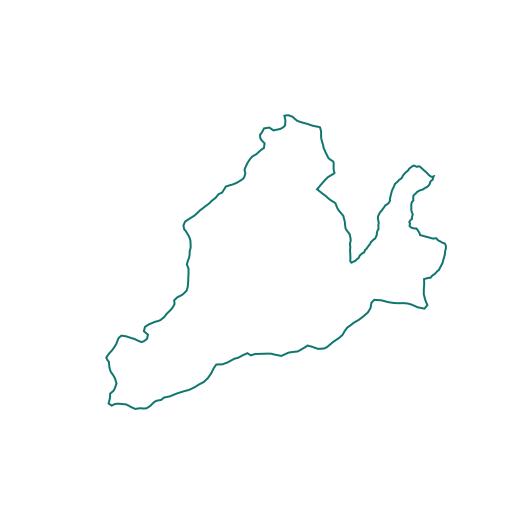 outline of Ugunja, Nyanza, Kenya, rotated 336°
{"feature_id": "3690345B50219798141587", "entity_name": "Ugunja", "entity_type": "district", "adm_level": 2, "iso_a3": "KEN", "parent_name": "Kenya", "parent_adm1": "Nyanza", "projection": "mercator", "projection_center": [34.363, 0.207], "detail": "fine", "context": "isolated", "style": "outline", "palette": "teal", "viewbox_px": 512, "rotation_deg": 336, "n_neighbors": 0, "source": "geoboundaries", "source_scale": "gbopen_adm2", "svg_char_len": 5864}
<svg xmlns="http://www.w3.org/2000/svg" viewBox="0 0 512 512"><g transform="rotate(336 256 256)"><path d="M280.6,368.2L283.6,368.1L287.1,367.2L291.0,366.0L294.8,365.3L298.8,364.6L302.9,363.3L306.7,360.5L310.3,358.5L314.0,357.8L318.3,356.7L323.7,356.2L329.2,354.9L335.2,353.1L339.5,350.1L342.3,345.8L346.1,344.1L352.7,347.6L357.7,351.7L362.0,354.5L366.1,356.7L371.9,359.2L375.4,361.2L378.5,363.8L382.8,368.6L388.4,372.6L392.6,370.6L392.7,365.3L393.7,359.2L396.1,354.0L398.0,350.6L400.2,345.4L405.0,346.2L406.5,346.9L408.0,346.1L409.9,345.4L411.7,345.2L413.9,344.4L415.5,343.5L417.1,343.3L418.3,342.4L419.7,341.3L421.1,340.2L422.1,339.4L423.3,338.5L424.5,337.1L426.0,335.2L427.1,333.9L428.0,332.8L428.9,331.7L429.9,330.2L430.6,328.8L431.5,327.5L432.6,326.3L433.2,324.9L433.7,323.3L433.5,321.3L431.8,319.8L430.5,317.9L429.2,316.4L428.5,315.1L427.9,313.1L426.4,312.6L425.0,312.2L423.7,311.3L422.6,310.3L414.4,303.6L414.7,301.8L414.5,300.3L414.2,298.0L413.8,296.2L412.6,295.6L411.3,294.9L410.3,294.0L409.2,293.0L408.5,291.0L409.9,289.0L409.8,287.4L411.5,286.1L413.6,285.5L414.1,284.1L415.0,283.1L416.1,281.9L416.2,279.0L416.7,276.8L417.5,275.1L418.1,273.6L419.2,271.5L420.4,270.1L422.3,269.3L423.0,267.5L423.6,266.3L424.1,265.2L425.4,264.4L427.3,263.9L428.9,263.1L430.9,262.8L432.5,262.7L433.9,262.9L435.4,263.1L436.8,262.8L438.8,262.6L441.1,262.4L442.7,261.7L444.2,260.7L445.1,259.4L446.4,258.6L448.5,258.1L449.4,256.8L450.7,255.5L448.9,255.3L448.0,254.4L447.0,252.7L445.9,249.6L445.3,248.1L444.1,245.7L443.6,244.5L442.8,242.6L442.2,241.2L441.1,240.2L439.3,240.0L438.2,238.9L437.1,237.6L435.5,237.6L433.8,238.0L432.5,238.2L431.0,238.8L430.0,239.6L428.5,240.1L426.8,240.5L424.9,241.3L422.9,242.3L421.3,243.8L419.5,244.4L417.7,244.7L416.1,245.5L414.5,246.0L412.2,246.7L410.7,248.2L409.3,249.5L408.0,250.5L407.0,251.4L405.8,252.8L404.8,254.1L403.7,255.5L402.4,257.2L401.6,258.3L401.1,259.5L400.2,260.6L398.5,261.7L396.3,262.2L394.6,262.4L393.3,263.3L391.0,264.6L389.7,265.4L388.5,265.9L386.9,266.7L385.2,268.1L383.7,269.4L382.7,271.0L382.4,272.4L382.0,273.7L381.7,275.5L380.5,277.3L379.9,278.5L379.4,279.8L378.8,281.3L377.5,282.0L375.7,284.2L374.9,285.9L373.6,287.1L371.9,288.5L370.5,288.7L366.5,290.1L365.5,291.2L362.4,292.8L359.8,294.4L358.1,294.9L356.2,296.7L354.1,296.8L352.5,297.3L350.9,297.8L350.0,298.7L348.9,299.5L346.8,300.0L344.8,300.8L343.0,300.8L340.5,300.9L340.0,299.0L340.8,297.5L341.5,296.1L342.3,294.1L343.1,292.1L343.7,290.5L344.3,288.8L345.1,287.5L345.9,285.9L346.5,284.0L347.0,282.7L348.1,281.4L349.1,279.8L349.7,277.6L350.1,275.6L350.4,274.1L350.0,272.4L349.5,270.4L349.0,267.7L349.3,266.2L349.7,265.0L350.1,263.6L350.5,262.4L351.0,261.0L351.3,259.5L351.6,257.6L352.1,255.1L351.5,252.7L350.9,250.8L350.4,248.9L350.0,247.1L349.8,245.5L349.8,243.5L350.0,241.7L350.0,240.1L349.3,238.8L347.9,236.9L346.3,234.3L345.5,232.7L344.8,231.2L344.3,229.8L343.5,228.5L342.8,227.2L341.9,225.7L341.1,224.0L340.3,222.6L339.8,221.3L338.9,219.9L340.6,219.1L342.3,218.3L344.0,217.4L345.4,216.8L346.7,216.1L348.0,215.6L349.5,214.9L350.9,214.3L352.5,213.7L353.9,213.2L355.8,213.0L357.7,212.7L359.6,212.6L361.5,212.0L361.8,209.9L362.3,208.0L363.0,206.5L363.9,204.5L364.7,202.9L365.0,201.3L363.7,199.1L362.5,197.1L361.9,195.4L361.9,193.8L361.8,191.9L361.7,189.6L361.8,188.2L361.7,185.9L361.8,184.2L362.3,182.6L362.6,180.7L362.7,179.5L362.9,178.0L363.4,175.2L364.2,173.0L365.0,171.3L365.6,169.9L366.2,168.4L366.5,166.6L366.8,164.5L365.7,163.5L363.9,162.3L360.7,160.0L359.5,158.9L357.3,156.8L356.1,155.7L355.0,154.9L352.6,152.9L350.2,150.8L348.7,149.3L348.0,148.0L347.4,146.8L346.0,143.6L342.6,140.4L339.0,139.4L338.0,144.2L335.6,148.6L333.3,149.5L330.1,149.8L327.9,149.4L323.1,148.4L320.4,144.1L315.3,142.7L311.8,145.4L310.5,146.2L309.0,146.9L307.9,149.8L308.0,151.5L308.4,153.3L309.7,156.6L307.1,160.6L304.8,160.9L301.4,161.9L299.9,162.4L297.9,163.1L293.8,163.5L291.8,164.1L289.8,165.1L286.7,167.1L283.5,169.7L280.6,172.5L280.3,174.0L279.9,176.2L277.1,179.4L275.0,180.4L270.6,181.0L268.0,181.3L264.3,181.2L262.5,181.0L260.7,180.7L256.7,180.3L250.8,184.3L247.0,184.3L242.8,186.4L238.0,187.6L234.1,189.1L229.2,190.1L226.8,190.8L223.5,191.5L220.0,192.8L218.0,193.5L215.8,194.1L210.2,194.9L205.3,195.7L203.6,197.2L202.0,198.8L201.3,202.5L201.8,204.0L202.1,205.6L202.7,210.4L202.7,212.7L202.4,215.0L200.9,219.0L200.4,220.3L199.5,222.0L197.3,224.8L195.6,228.3L194.2,230.3L191.7,232.8L190.4,234.4L189.4,235.6L189.2,240.2L187.4,244.2L186.6,245.8L185.6,247.7L183.4,252.3L181.1,256.4L178.6,259.4L175.0,260.8L172.6,261.5L167.4,261.7L163.2,263.2L162.1,266.7L159.5,268.7L158.3,269.5L156.9,270.2L153.8,271.4L152.2,272.0L150.4,272.7L147.2,274.5L142.6,275.7L140.4,275.6L137.2,275.1L135.6,275.0L133.9,275.0L130.0,274.9L125.7,275.6L123.0,279.1L125.3,284.0L122.7,287.4L119.3,288.2L117.7,288.2L116.1,287.9L113.6,285.2L111.3,282.4L110.1,281.4L109.0,280.5L106.7,278.4L104.5,276.4L100.6,274.0L98.1,274.7L96.6,275.5L95.5,276.6L92.4,279.7L88.9,282.0L87.4,282.9L85.9,283.7L81.8,285.5L77.9,287.9L78.0,291.0L78.6,292.9L77.0,297.3L76.5,299.8L76.2,302.9L77.0,306.4L77.4,310.5L76.7,315.8L73.5,319.1L71.9,320.6L70.6,321.3L66.8,322.4L65.1,325.9L61.3,330.9L62.7,332.8L63.3,334.0L66.8,333.8L69.9,334.8L71.0,335.4L75.3,337.8L76.9,338.7L79.2,341.4L80.1,342.8L83.5,346.6L87.9,347.8L89.3,348.5L90.8,349.4L93.9,350.6L98.3,350.0L102.9,348.2L105.2,347.8L106.9,347.9L110.7,348.9L114.4,347.9L120.1,349.2L127.6,349.4L133.3,350.0L137.6,350.6L139.6,351.0L141.6,351.1L146.8,350.9L151.5,350.2L156.9,349.9L162.5,347.9L167.1,345.1L171.9,341.2L175.6,339.0L179.2,340.4L181.0,341.3L186.9,341.7L191.2,341.3L193.6,341.1L194.8,341.1L198.5,341.7L203.8,341.3L208.6,341.3L210.9,344.7L214.0,345.0L215.5,345.2L220.0,347.1L225.4,349.3L229.9,351.3L233.0,353.7L238.5,357.6L245.8,357.5L247.4,357.7L255.5,360.2L262.1,359.5L264.5,359.2L266.7,358.8L270.4,361.8L274.9,366.1L280.6,368.2Z" fill="none" stroke="#0f766e" stroke-width="2"/></g></svg>